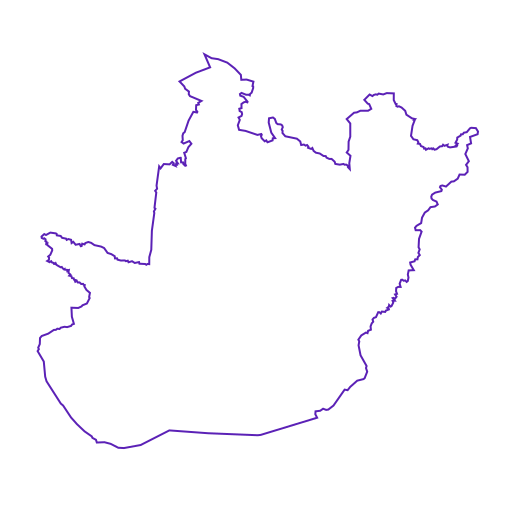 the district of Xuan Loc, Đồng Nai, Vietnam, rotated 93°
{"feature_id": "81297802B96051805348654", "entity_name": "Xuan Loc", "entity_type": "district", "adm_level": 2, "iso_a3": "VNM", "parent_name": "Vietnam", "parent_adm1": "Đồng Nai", "projection": "robinson", "projection_center": [107.38, 10.927], "detail": "fine", "context": "isolated", "style": "outline", "palette": "violet", "viewbox_px": 512, "rotation_deg": 93, "n_neighbors": 0, "source": "geoboundaries", "source_scale": "gbopen_adm2", "svg_char_len": 6031}
<svg xmlns="http://www.w3.org/2000/svg" viewBox="0 0 512 512"><g transform="rotate(93 256 256)"><path d="M247.8,471.2L249.2,470.9L249.9,469.2L249.4,468.4L250.4,467.0L252.2,467.1L252.6,466.0L254.8,466.1L254.3,465.0L255.9,465.1L259.5,460.0L261.1,459.8L265.6,461.5L267.4,463.5L268.6,462.5L270.7,462.6L271.9,464.2L273.0,461.8L271.9,460.3L273.2,459.3L273.5,457.6L274.4,457.4L274.5,456.3L273.7,455.7L275.2,454.9L276.4,452.7L277.5,450.4L277.1,449.4L278.5,448.3L279.2,447.2L278.9,446.5L279.6,446.5L279.8,443.4L280.7,443.5L280.0,442.2L282.5,442.5L284.2,440.4L285.4,441.4L285.8,439.3L287.7,438.6L287.8,436.9L289.1,436.5L289.5,434.8L290.3,435.5L291.2,435.1L290.3,433.6L291.8,432.5L291.6,430.8L293.1,429.1L292.9,427.2L293.8,426.6L294.0,425.5L295.4,425.8L298.8,423.5L301.5,419.9L305.7,420.5L306.7,419.9L312.3,422.4L314.3,426.7L315.5,427.6L317.2,430.8L317.3,437.6L326.3,436.7L333.3,434.3L334.1,436.2L335.5,437.0L336.9,440.9L336.7,443.5L337.8,447.2L339.2,448.4L339.0,450.6L340.2,452.0L340.4,454.0L344.4,459.4L347.1,465.8L349.2,467.4L355.3,467.3L358.9,468.7L360.4,468.0L362.4,469.1L372.5,462.4L387.6,460.2L392.1,458.6L413.6,443.2L415.4,440.8L426.9,432.3L433.3,426.0L440.1,418.0L444.7,410.6L446.2,409.8L447.9,406.2L450.6,405.2L449.9,397.6L451.2,391.3L454.7,383.5L454.7,377.8L450.8,361.3L434.7,333.4L435.5,294.5L434.9,244.9L434.4,241.9L414.3,186.5L410.9,188.5L408.0,188.4L407.2,183.8L405.0,181.0L406.0,177.9L405.6,175.8L401.3,170.8L384.8,160.5L385.2,157.5L381.7,155.0L375.2,148.4L373.3,142.2L372.3,141.1L365.7,138.9L362.1,140.3L360.1,139.8L349.7,146.4L339.8,148.9L335.9,148.4L334.2,149.4L329.8,146.7L326.7,142.2L327.2,140.6L324.8,140.1L323.6,137.4L320.3,137.9L317.2,136.9L315.5,135.5L313.3,136.3L311.6,135.0L310.8,133.0L305.7,131.0L305.7,129.8L306.9,128.4L304.9,127.4L305.1,124.1L303.7,123.4L302.4,120.5L301.7,120.7L300.9,122.2L299.6,120.7L298.0,120.5L299.5,119.0L299.0,118.1L295.4,116.5L293.7,117.2L293.4,115.0L290.9,117.3L290.6,116.5L291.3,114.9L289.3,113.5L287.1,115.1L286.4,113.2L283.9,114.3L280.6,114.3L279.4,112.4L279.3,110.0L276.1,111.1L272.2,109.8L272.0,108.7L273.0,107.2L272.6,105.7L274.0,104.2L273.0,103.1L269.6,102.6L266.5,103.4L262.4,102.8L261.9,97.7L256.6,101.2L254.4,101.7L253.0,97.4L251.0,96.8L250.9,94.6L248.5,94.3L246.5,92.5L244.4,94.0L240.8,92.9L238.8,94.1L230.3,94.1L223.0,91.9L221.6,93.4L221.9,97.9L219.4,98.7L217.4,97.2L214.5,92.8L209.0,92.2L203.8,89.7L201.4,86.5L198.1,84.3L197.2,79.9L195.0,77.2L192.2,78.6L190.8,82.3L189.4,83.7L187.6,84.1L185.5,83.4L183.3,80.3L181.5,74.3L180.1,73.9L177.6,75.9L176.4,75.4L175.8,73.6L176.7,69.9L171.5,64.8L171.1,62.3L168.2,58.6L164.0,57.0L163.9,51.8L160.9,49.1L156.3,49.4L154.0,51.0L150.2,48.4L143.2,52.3L137.4,50.1L134.2,51.0L132.3,47.1L125.9,48.5L122.8,41.1L120.1,40.8L116.8,43.1L116.7,47.8L117.3,49.0L121.3,52.0L122.0,54.9L123.6,55.9L123.8,57.7L125.1,58.0L127.2,61.2L129.2,61.2L132.5,62.7L133.2,60.6L135.1,62.2L135.2,61.0L136.1,61.4L137.4,67.9L136.9,70.0L135.8,70.9L134.9,70.6L136.1,73.6L135.1,75.0L136.6,75.8L137.0,78.1L139.9,81.3L140.5,83.3L139.3,84.5L140.1,85.6L139.3,86.2L139.9,88.4L139.4,89.2L141.0,91.8L139.6,92.4L140.0,93.7L138.4,94.4L137.6,97.0L135.5,98.1L135.3,100.3L133.9,99.8L131.9,101.0L131.2,104.9L127.9,107.5L117.8,106.5L111.9,104.6L111.8,105.2L110.9,104.3L110.4,107.4L107.0,113.2L103.2,114.6L100.1,118.4L99.0,121.1L99.5,122.4L98.9,123.7L96.9,123.6L96.9,124.5L93.1,126.6L86.4,126.9L86.5,134.0L88.0,137.4L87.4,142.0L88.6,143.3L88.3,144.8L89.0,146.8L90.2,148.1L88.8,151.0L94.4,156.0L98.0,152.4L98.4,150.9L103.0,148.6L105.1,151.7L105.5,159.4L107.3,162.8L107.8,165.6L114.5,172.6L118.7,168.8L131.9,168.1L136.9,169.5L145.2,169.2L147.9,170.8L151.0,166.9L158.4,167.7L164.3,166.9L162.4,168.9L161.0,169.0L160.0,170.7L160.2,172.4L159.5,173.4L160.4,177.1L159.9,181.6L157.7,182.4L155.1,185.6L155.2,187.9L154.1,190.7L152.6,191.6L152.6,193.8L150.3,197.7L149.7,201.6L148.0,204.0L145.2,205.4L146.2,206.5L145.2,209.7L144.0,209.4L142.5,210.8L143.2,212.2L142.2,214.0L142.8,216.7L139.3,217.8L136.7,221.3L134.9,233.0L131.8,236.0L129.6,236.0L128.4,236.9L125.9,236.0L124.2,236.7L123.3,238.1L123.2,241.3L122.1,242.7L118.1,244.4L116.8,246.3L117.8,250.2L122.1,250.3L132.0,247.2L137.3,243.1L137.6,245.4L139.7,245.5L141.5,249.7L141.8,250.5L140.0,251.8L141.0,253.3L138.1,256.5L136.0,257.3L134.7,256.6L133.9,257.1L135.0,260.9L131.6,273.1L130.9,279.5L126.4,281.0L120.9,279.3L118.6,280.7L116.9,277.8L115.0,277.3L113.1,277.8L112.1,279.9L109.8,280.4L109.1,278.2L105.0,278.5L103.2,276.3L102.5,274.4L103.0,272.7L102.4,272.5L97.7,276.7L96.7,280.1L95.1,280.5L93.9,279.0L95.5,274.3L95.3,271.9L95.9,270.6L94.5,270.4L93.1,268.9L88.4,267.6L86.8,267.7L86.5,268.4L82.0,267.7L80.3,274.6L80.8,279.9L75.9,280.6L69.7,287.2L64.4,294.8L61.4,304.1L60.8,310.7L57.3,318.0L70.0,311.7L76.1,325.6L85.7,341.5L90.4,336.5L92.7,335.5L95.3,331.6L98.0,331.6L99.8,330.3L104.0,318.6L106.1,321.7L107.7,321.0L108.5,323.6L113.2,323.6L115.1,322.1L115.8,322.4L115.3,326.1L124.3,330.4L136.0,333.7L137.3,335.1L139.8,335.7L144.2,335.2L146.1,336.3L147.5,334.2L144.7,328.6L147.3,326.4L150.8,329.2L155.7,331.0L156.7,333.1L162.1,331.1L162.9,331.7L167.6,331.5L169.3,330.7L169.6,331.4L167.9,333.4L166.4,333.7L166.4,335.7L161.9,336.3L161.9,336.8L162.7,339.2L165.1,340.8L167.7,338.8L167.9,340.4L169.1,339.8L169.5,341.5L170.3,341.1L169.3,343.8L167.7,343.0L166.4,344.6L169.0,347.1L169.0,352.9L173.5,355.9L171.6,357.4L190.9,359.0L194.0,358.3L196.2,360.1L197.8,358.9L213.2,359.9L214.1,358.9L216.8,360.3L218.4,359.8L236.2,361.3L255.3,360.9L262.7,362.5L269.7,362.2L269.6,363.9L270.5,365.1L269.8,366.2L269.8,372.0L268.2,372.5L269.3,376.7L267.7,379.5L268.9,383.0L267.4,383.8L268.0,385.7L267.3,386.7L267.6,390.7L266.9,394.1L265.6,394.6L265.8,396.7L263.6,397.1L261.7,400.6L260.7,404.4L256.0,408.1L254.7,411.2L253.6,417.9L251.5,421.3L250.8,424.2L252.0,427.1L253.4,427.8L252.8,430.2L255.2,430.7L255.4,431.5L253.2,432.8L254.2,436.7L251.4,439.2L252.7,440.8L249.5,441.5L248.9,444.3L249.8,445.9L248.6,446.6L248.0,450.6L246.2,452.1L245.8,456.0L244.4,456.2L243.9,457.1L243.4,462.6L246.0,466.8L245.2,468.6L247.8,471.2Z" fill="none" stroke="#5b21b6" stroke-width="2"/></g></svg>